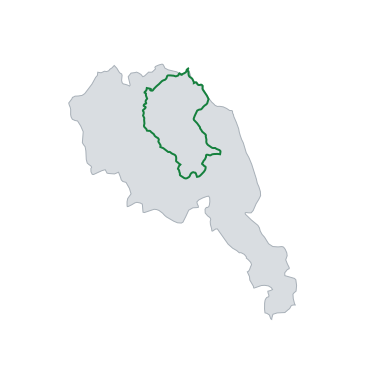 where Steiermark sits in Austria, rotated 239°
{"feature_id": "AUT-2323", "entity_name": "Steiermark", "entity_type": "State", "adm_level": 1, "iso_a3": "AUT", "parent_name": "Austria", "parent_adm1": "", "projection": "orthographic", "projection_center": [15.015, 47.22], "detail": "fine", "context": "in_parent", "style": "outline", "palette": "green", "viewbox_px": 384, "rotation_deg": 239, "n_neighbors": 0, "source": "natural_earth", "source_scale": "10m", "svg_char_len": 7088}
<svg xmlns="http://www.w3.org/2000/svg" viewBox="0 0 384 384"><g transform="rotate(239 192 192)"><path d="M40.8,209.6L44.5,202.7L45.5,198.4L42.9,195.6L41.7,194.7L42.7,194.2L46.7,195.0L49.4,193.7L50.8,192.3L54.3,193.9L59.3,197.0L61.7,199.0L62.6,200.5L63.1,201.8L62.7,203.8L63.8,204.7L66.3,205.2L67.9,205.9L67.1,208.6L66.9,210.8L69.2,210.7L72.2,209.1L74.6,206.2L76.1,203.3L77.6,196.0L78.0,195.5L79.7,196.1L86.7,196.2L89.9,197.7L95.1,198.3L94.9,199.4L95.7,201.2L97.9,203.9L99.0,205.6L101.4,206.1L105.2,205.3L107.4,204.5L108.2,205.2L111.6,204.7L114.7,202.8L115.6,201.2L118.7,200.2L122.9,197.9L128.6,196.1L147.3,194.7L148.1,193.2L147.9,189.5L148.4,189.0L150.7,190.0L154.5,191.0L157.3,192.4L159.1,194.1L160.8,194.2L163.5,193.1L167.2,192.5L170.5,194.3L171.4,196.3L170.8,197.2L170.8,198.8L171.8,200.1L174.5,202.3L178.0,204.2L179.9,204.1L180.6,202.3L181.4,198.2L181.7,193.7L181.0,191.1L179.1,190.4L176.8,190.2L175.6,189.6L176.1,188.2L178.0,184.6L178.1,179.8L174.2,174.1L170.8,168.7L170.9,166.8L173.1,163.7L176.4,161.3L183.7,157.3L186.0,156.5L189.0,155.9L193.2,154.2L195.3,152.5L196.7,150.6L198.9,140.6L199.3,140.2L199.9,139.6L207.2,143.2L207.9,142.7L209.1,142.1L211.5,139.5L212.1,137.5L212.1,133.7L212.4,130.1L212.8,129.0L213.9,129.4L217.1,131.3L219.5,133.5L221.8,138.8L227.3,140.2L234.2,140.4L236.7,138.1L238.9,137.6L241.4,138.3L246.8,139.2L247.4,134.9L250.5,130.5L251.9,128.9L255.8,129.1L256.7,125.8L257.7,116.6L258.5,115.6L261.3,115.8L264.2,117.4L265.0,118.8L266.5,118.7L268.5,117.8L270.8,117.1L274.3,118.1L281.9,122.2L285.9,123.7L288.4,123.4L290.7,123.4L299.7,129.8L306.0,130.6L311.8,130.5L313.6,128.5L316.0,126.9L318.5,127.0L320.8,127.8L325.2,130.5L327.2,131.2L329.9,131.6L331.8,132.2L333.7,137.0L334.7,138.3L334.5,138.9L334.4,141.1L332.9,143.9L331.4,147.6L331.6,150.8L336.0,161.8L339.9,168.5L340.7,171.0L343.2,172.9L341.0,175.5L340.6,179.2L339.2,180.8L338.8,183.0L339.5,184.9L339.6,187.3L340.5,190.5L336.8,191.3L332.4,191.3L330.9,191.6L329.4,192.5L327.9,192.1L323.9,189.1L321.6,188.4L320.1,188.7L318.9,190.0L316.9,191.8L315.0,193.0L315.5,194.1L323.7,196.7L325.3,201.0L323.8,204.5L323.3,206.2L321.4,207.6L319.0,208.8L316.2,209.2L315.9,211.1L317.1,216.6L316.2,217.8L315.3,219.6L316.3,224.1L318.0,224.4L318.4,225.4L318.2,227.3L317.9,229.2L317.3,231.3L317.0,232.3L315.8,232.9L312.1,232.6L309.0,234.5L302.7,240.9L300.4,242.0L298.1,244.6L298.3,250.2L297.9,250.8L297.4,251.9L289.7,250.0L289.4,250.1L284.2,250.8L280.7,253.4L276.5,254.9L267.5,254.2L258.8,255.2L256.7,255.9L254.4,256.4L252.3,257.8L251.1,260.0L248.9,262.6L245.8,264.7L242.4,266.3L241.6,267.7L240.5,268.4L238.6,267.4L237.1,267.4L235.2,266.7L229.1,265.9L222.3,264.6L219.1,263.4L215.4,262.4L211.5,261.6L207.9,261.3L206.2,260.9L197.7,258.7L192.1,258.5L184.8,257.4L170.2,253.9L165.9,252.5L161.9,252.0L157.1,250.8L153.5,248.9L151.3,245.5L148.9,240.9L144.6,234.9L143.7,232.0L145.2,229.5L146.7,227.6L146.6,226.7L145.5,226.3L137.4,228.5L129.5,231.3L126.5,231.3L123.5,230.4L119.6,230.2L115.8,230.9L108.2,231.0L103.7,233.1L100.6,237.5L98.9,241.0L97.6,242.1L94.9,242.4L91.0,241.9L88.3,240.7L85.6,237.4L81.2,236.7L77.2,236.4L76.2,235.8L76.4,233.8L75.0,229.9L72.5,228.5L65.2,235.3L63.3,235.8L58.0,233.5L53.4,230.1L53.1,227.8L52.4,225.9L48.5,223.9L43.6,222.4L42.0,222.3L42.7,221.2L43.4,219.4L43.2,217.9L42.1,216.3L41.6,214.7L41.5,213.1L41.2,211.8L41.1,210.6L40.8,209.6Z" fill="#d9dde1" stroke="#a8b0b8" stroke-width="1"/><path d="M300.1,242.5L298.5,242.9L298.2,243.1L297.8,243.5L298.1,243.8L298.1,244.2L297.8,246.0L297.8,247.0L297.8,248.1L298.3,249.5L299.2,250.0L299.6,250.9L299.8,252.3L299.7,252.3L299.0,251.3L298.5,251.0L297.8,250.9L296.9,250.8L294.1,249.4L293.0,249.2L291.9,249.3L290.4,250.0L289.2,250.5L288.1,250.5L285.0,250.1L284.4,249.7L284.3,250.6L284.3,251.3L284.0,251.9L283.8,252.0L283.6,252.2L283.1,252.3L282.5,252.2L281.6,252.2L280.8,252.4L280.2,252.9L279.8,253.7L279.7,253.8L279.6,254.4L279.5,254.7L279.4,255.0L278.6,255.6L277.4,255.8L276.5,255.2L276.3,255.1L275.6,254.4L274.4,254.0L272.2,254.1L267.0,254.4L265.7,254.3L263.0,254.0L262.7,253.5L260.1,250.6L259.7,249.2L259.6,247.3L259.1,245.2L258.5,243.8L258.3,243.0L258.2,242.5L258.3,242.1L258.5,241.4L258.8,240.9L259.0,240.2L259.1,238.4L255.9,233.6L254.3,231.6L253.8,231.1L253.3,230.9L252.7,230.8L248.3,231.8L243.4,232.2L242.3,231.7L239.7,231.9L238.6,231.8L234.5,233.2L233.8,233.2L233.4,233.1L233.3,232.9L232.9,232.6L232.2,232.3L229.4,231.3L227.8,230.2L226.7,229.7L225.3,229.7L224.1,229.9L219.7,231.9L219.1,232.4L218.8,232.8L218.6,233.0L218.4,233.5L217.8,234.5L216.3,235.2L213.8,237.1L213.1,237.3L212.3,237.4L212.0,237.2L211.4,236.8L209.9,235.5L211.5,233.5L213.2,230.4L213.7,229.2L213.9,228.6L213.9,227.4L213.9,226.7L214.3,226.1L215.5,225.0L216.3,224.0L216.4,223.4L216.1,222.9L214.9,222.1L213.6,220.3L213.3,219.8L213.1,219.2L213.0,218.7L212.8,218.1L211.9,216.7L211.3,215.4L210.8,215.1L210.2,215.2L209.6,215.6L208.5,215.7L207.8,216.0L207.2,216.4L206.7,216.6L206.1,216.4L205.4,215.9L204.2,214.7L203.2,212.6L202.1,208.6L201.7,206.5L201.8,206.0L202.1,204.9L202.4,204.1L206.1,204.9L206.5,204.7L207.0,204.6L207.1,204.3L208.1,203.5L208.3,203.3L208.4,203.0L208.6,202.4L208.5,201.6L208.4,200.7L208.0,199.9L207.7,199.4L207.2,198.8L206.8,198.2L206.5,197.6L206.4,197.0L206.4,196.4L206.4,195.3L206.5,194.5L206.8,193.7L207.3,193.1L208.0,192.5L212.2,190.5L212.7,190.4L213.0,190.5L214.0,191.1L214.5,191.3L215.7,191.5L216.7,191.9L217.3,192.1L219.1,191.9L220.8,194.0L221.3,195.1L221.3,195.6L221.5,196.2L221.8,196.1L222.6,195.6L224.5,195.1L226.0,194.4L226.5,194.3L226.9,194.4L229.1,195.9L230.0,196.3L230.8,196.6L231.9,196.6L232.9,196.3L234.7,195.0L235.7,194.4L236.9,194.0L237.6,193.7L238.1,193.2L238.2,192.8L238.6,192.2L244.3,190.0L246.9,188.0L248.2,189.1L252.4,189.1L252.6,189.2L253.0,189.6L254.1,190.6L255.0,190.7L256.0,190.5L256.9,189.9L258.5,189.2L259.3,189.0L259.9,188.9L260.6,189.1L261.0,189.1L262.2,188.7L264.2,187.9L265.7,187.6L266.1,187.3L266.5,186.9L266.7,186.4L267.8,185.0L269.5,185.3L272.1,184.7L272.9,184.7L273.6,185.0L275.2,186.5L278.5,188.1L280.0,189.2L282.7,189.4L283.5,190.3L284.0,190.9L284.6,191.3L285.3,191.7L285.8,191.8L286.2,191.8L286.5,191.7L287.0,191.8L287.3,192.1L287.5,192.5L287.7,194.2L287.9,194.9L288.2,195.6L288.6,195.9L289.0,195.9L290.3,195.1L290.8,195.0L291.1,195.2L291.3,195.4L291.6,195.9L291.6,196.1L291.7,196.4L291.7,196.8L291.7,197.2L291.5,197.8L291.5,198.0L291.6,198.4L291.8,198.5L292.1,198.6L293.1,198.6L294.1,199.4L294.6,200.3L295.1,201.6L298.4,202.2L299.4,202.7L299.7,203.0L300.0,203.2L300.3,203.2L300.7,203.0L301.6,202.5L301.8,202.6L302.0,202.8L302.1,203.1L302.2,203.5L302.3,203.9L302.3,204.2L302.6,204.8L303.0,205.6L304.4,206.8L302.1,209.3L301.4,209.7L301.3,209.4L301.1,209.0L300.9,208.7L300.4,208.8L300.0,209.2L299.4,210.0L299.3,210.5L299.4,211.0L300.1,212.7L300.5,214.2L300.9,215.8L301.3,218.0L301.4,218.9L302.5,223.2L302.5,224.8L302.1,226.6L302.2,227.2L302.4,228.0L302.7,228.7L304.2,230.5L304.3,231.0L304.3,231.4L304.0,232.0L303.0,233.6L301.1,236.2L299.6,237.5L299.4,238.0L299.2,238.6L299.2,239.2L299.0,240.2L299.1,240.5L299.3,240.8L299.8,241.2L299.9,241.5L300.0,241.6L300.1,242.2L300.1,242.5L300.1,242.5Z" fill="none" stroke="#15803d" stroke-width="2"/></g></svg>